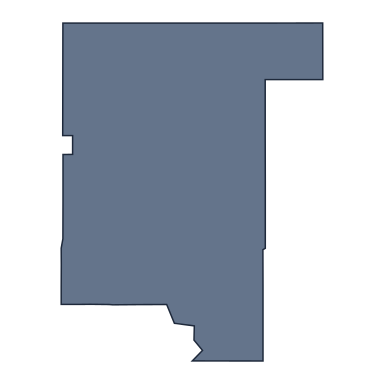 Rogers, Oklahoma, United States of America (Robinson projection)
{"feature_id": "52423323B91280713828925", "entity_name": "Rogers", "entity_type": "district", "adm_level": 2, "iso_a3": "USA", "parent_name": "United States of America", "parent_adm1": "Oklahoma", "projection": "robinson", "projection_center": [-95.645, 36.336], "detail": "fine", "context": "isolated", "style": "filled", "palette": "slate", "viewbox_px": 384, "rotation_deg": 0, "n_neighbors": 0, "source": "geoboundaries", "source_scale": "gbopen_adm2", "svg_char_len": 552}
<svg xmlns="http://www.w3.org/2000/svg" viewBox="0 0 384 384"><path d="M64.5,23.1L62.9,23.1L62.7,135.6L72.6,135.6L72.6,154.4L63.0,154.5L63.0,182.6L63.0,201.3L62.9,238.8L61.2,248.2L61.3,264.4L61.2,288.2L61.2,304.4L72.5,304.4L80.4,304.4L90.1,304.3L109.0,304.5L112.7,304.8L137.9,304.6L166.7,304.5L174.4,323.3L194.3,325.9L194.0,340.1L202.5,350.4L192.3,360.9L263.0,361.0L263.0,285.8L262.9,249.7L265.3,248.3L265.3,185.5L265.3,181.9L265.2,135.9L265.2,79.6L322.8,79.6L322.7,23.0L267.3,23.1L64.5,23.1Z" fill="#64748b" stroke="#1e293b" stroke-width="1.5"/></svg>